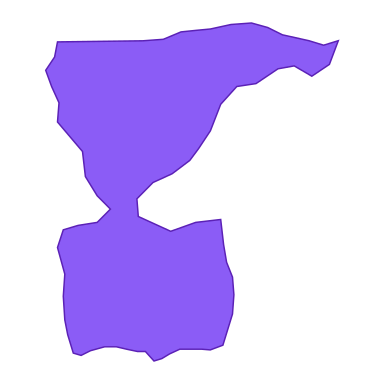 Sichari, Cyprus
{"feature_id": "46923920B30915554603571", "entity_name": "Sichari", "entity_type": "district", "adm_level": 2, "iso_a3": "CYP", "parent_name": "Cyprus", "parent_adm1": "", "projection": "albers", "projection_center": [33.378, 35.263], "detail": "fine", "context": "isolated", "style": "filled", "palette": "violet", "viewbox_px": 384, "rotation_deg": 0, "n_neighbors": 0, "source": "geoboundaries", "source_scale": "gbopen_adm2", "svg_char_len": 918}
<svg xmlns="http://www.w3.org/2000/svg" viewBox="0 0 384 384"><path d="M222.9,345.2L232.5,314.0L233.9,294.8L232.5,277.1L226.6,262.3L223.6,244.6L220.7,219.5L195.7,222.4L170.7,231.3L138.3,216.5L136.9,198.8L153.0,182.5L172.2,173.7L189.8,160.4L198.6,148.6L210.4,130.8L220.7,104.3L236.8,86.5L256.0,83.6L278.0,68.8L294.2,65.9L311.8,76.2L329.4,64.4L338.3,40.7L323.6,45.2L308.9,40.7L282.4,34.8L267.7,27.5L251.5,23.0L231.0,24.5L210.4,29.0L195.7,30.4L181.0,31.9L163.3,39.3L142.8,40.8L57.5,41.9L54.6,57.0L45.7,70.3L51.6,86.5L59.0,102.8L57.5,122.0L82.5,151.5L85.4,176.6L97.2,195.8L110.4,209.1L97.2,222.4L78.1,225.4L63.3,229.8L57.5,247.5L64.8,274.1L63.3,296.3L64.8,319.9L67.7,334.7L73.3,353.1L81.1,355.4L90.5,350.7L104.6,346.8L116.4,346.8L126.6,349.2L137.5,351.5L145.4,351.5L154.0,361.0L161.8,358.6L169.6,353.9L179.8,349.2L190.0,349.2L201.7,349.2L210.3,349.9L222.9,345.2Z" fill="#8b5cf6" stroke="#5b21b6" stroke-width="1.5"/></svg>